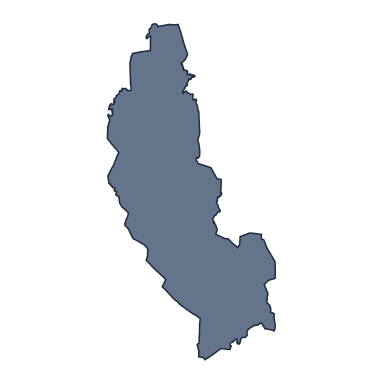 Lauderu pag., Ludzas, Latvia (Robinson projection), rotated 271°
{"feature_id": "27541924B59482299052757", "entity_name": "Lauderu pag.", "entity_type": "district", "adm_level": 2, "iso_a3": "LVA", "parent_name": "Latvia", "parent_adm1": "Ludzas", "projection": "robinson", "projection_center": [27.977, 56.316], "detail": "fine", "context": "isolated", "style": "filled", "palette": "slate", "viewbox_px": 384, "rotation_deg": 271, "n_neighbors": 0, "source": "geoboundaries", "source_scale": "gbopen_adm2", "svg_char_len": 5997}
<svg xmlns="http://www.w3.org/2000/svg" viewBox="0 0 384 384"><g transform="rotate(271 192 192)"><path d="M278.1,196.0L280.8,194.5L282.4,194.4L283.7,195.0L284.2,195.0L284.5,194.8L284.7,194.5L284.9,193.1L283.9,192.2L283.8,191.9L284.1,191.4L284.6,191.3L287.4,191.1L288.5,191.5L289.7,191.2L290.0,190.9L290.1,190.7L289.6,188.8L290.8,187.1L290.7,186.3L290.8,186.0L292.2,185.1L292.7,184.7L292.9,184.0L292.5,183.4L290.4,181.3L290.6,181.2L291.1,181.1L293.7,181.5L295.3,183.0L295.7,183.1L296.5,182.8L297.2,183.4L297.7,184.5L298.9,185.6L299.1,185.6L299.9,185.0L300.4,185.1L301.6,185.6L303.1,186.6L304.6,186.5L304.9,186.6L305.0,186.9L304.5,187.9L304.5,188.4L304.7,188.9L306.5,189.8L306.9,190.7L306.9,191.8L307.1,192.2L307.9,192.9L308.4,192.4L308.4,192.0L308.6,191.7L309.1,191.2L309.1,190.8L308.0,190.1L308.0,189.7L309.9,188.6L310.0,188.2L310.0,187.9L309.5,187.3L309.4,186.6L309.1,186.2L309.6,185.6L310.1,185.0L310.5,184.9L311.0,185.5L311.6,185.6L313.1,185.2L312.9,184.0L313.8,183.4L314.0,182.8L314.0,182.1L313.5,181.7L313.8,181.2L314.1,181.0L314.7,180.9L315.9,181.4L316.5,181.3L317.8,180.2L318.9,180.3L319.5,180.1L320.0,179.7L319.7,179.5L319.5,179.2L320.1,178.9L321.2,179.8L321.6,180.1L324.0,182.8L329.4,185.2L341.1,181.1L352.5,177.7L359.3,175.2L358.7,171.1L359.2,166.4L356.8,154.8L357.8,154.8L359.3,153.4L359.5,151.5L359.3,150.4L358.9,149.7L358.0,148.9L356.1,148.5L355.1,147.9L354.6,146.9L353.9,146.3L350.9,146.5L350.2,146.5L349.8,146.2L349.4,145.4L348.2,144.4L347.1,143.7L346.4,143.5L345.8,143.5L345.1,143.7L344.7,143.9L344.6,144.4L344.9,144.9L346.4,145.8L347.3,147.8L332.8,147.9L330.9,136.6L329.5,130.2L325.6,128.6L324.9,128.7L322.0,128.2L320.7,127.7L298.0,128.7L295.2,129.4L292.7,129.2L292.5,128.9L292.3,128.3L292.3,126.1L294.1,124.2L294.4,123.4L294.0,122.9L294.0,122.2L294.1,121.5L294.5,120.9L294.4,120.5L293.8,120.1L292.6,119.8L292.1,120.1L291.7,120.0L291.5,119.5L292.0,118.2L291.2,117.7L290.4,117.8L288.8,117.0L287.5,115.7L287.2,114.7L285.8,114.6L285.1,114.3L284.5,113.8L283.6,112.4L283.2,112.1L282.6,112.1L280.8,113.4L280.5,113.2L280.8,112.3L280.7,112.2L280.3,112.1L279.4,112.5L278.8,112.6L278.1,111.2L278.8,109.9L278.8,109.5L277.8,108.5L276.8,108.8L276.6,108.0L276.3,107.9L275.1,107.6L274.3,107.6L273.3,107.2L273.3,107.9L272.9,108.4L273.6,109.1L273.0,109.5L272.9,109.8L273.5,110.7L273.4,111.0L272.9,111.1L272.6,110.6L272.3,110.5L271.2,110.6L271.2,111.3L271.0,111.5L270.6,111.4L269.9,110.8L267.9,111.2L267.5,111.2L267.2,110.8L267.2,110.4L266.3,109.4L266.3,109.0L267.9,107.5L268.2,107.1L268.0,106.8L267.2,106.6L264.4,107.5L263.3,108.2L262.4,108.6L261.0,108.3L260.5,107.7L259.4,107.8L258.4,107.3L257.5,107.4L256.6,107.1L256.4,106.7L244.1,106.4L239.3,110.2L234.6,114.3L233.1,115.9L230.3,117.9L229.6,118.2L229.2,117.8L227.1,116.6L217.7,113.2L214.0,111.2L206.5,107.6L199.2,108.8L197.9,110.1L198.2,110.4L197.3,110.6L194.8,113.0L195.0,114.2L194.7,114.7L193.9,114.9L192.5,114.1L192.1,114.1L191.2,115.6L191.2,116.1L190.9,116.5L188.6,115.9L187.8,115.9L186.8,117.8L185.2,119.0L185.3,119.1L179.8,119.9L176.2,121.9L172.8,125.9L170.0,128.8L166.2,128.1L163.2,126.5L162.5,126.5L160.6,125.9L159.6,125.4L157.5,125.6L155.9,127.1L154.2,128.8L153.3,129.4L144.4,133.8L141.7,139.4L139.8,142.4L138.7,144.7L136.9,146.5L134.2,148.8L127.2,148.6L122.9,147.4L119.9,150.6L117.4,152.8L114.1,156.2L107.3,163.9L104.0,167.3L96.7,163.9L94.4,166.5L84.5,175.9L83.3,177.4L82.2,179.3L80.6,180.6L78.6,182.8L77.5,184.6L72.2,192.1L70.2,195.1L69.5,196.7L65.6,202.5L61.6,202.1L60.7,201.9L52.7,201.9L50.4,202.0L49.3,201.8L45.7,201.7L41.0,201.7L39.7,199.8L32.9,201.6L27.3,201.6L26.6,206.4L24.5,208.0L27.1,211.6L27.3,212.2L35.9,223.6L35.8,226.6L35.6,227.6L35.1,231.5L35.3,232.9L37.1,233.2L38.1,233.8L38.3,233.5L38.9,233.7L39.0,233.4L39.5,232.7L40.4,232.6L42.1,233.6L42.5,234.3L42.5,235.2L43.1,235.6L43.1,236.0L43.3,236.3L43.7,236.3L43.7,236.5L44.0,236.7L45.8,238.5L45.5,238.9L45.6,239.4L44.9,239.8L43.7,239.6L43.4,239.7L42.5,239.4L42.2,239.6L42.3,240.0L41.5,239.9L41.1,240.1L40.9,240.4L41.2,240.7L41.1,241.3L40.8,241.7L41.8,242.6L43.9,243.1L45.4,243.2L47.4,244.6L47.5,247.7L47.7,248.1L48.8,248.8L49.4,249.6L52.9,249.4L53.9,249.7L55.4,250.5L56.5,251.6L57.7,253.6L58.2,253.8L58.3,254.4L58.7,254.8L58.7,255.1L59.1,255.2L59.2,255.8L59.7,256.2L59.5,257.1L60.0,258.2L59.8,258.8L59.9,259.8L60.5,259.9L60.7,261.1L61.6,261.6L61.7,262.1L61.6,262.5L62.4,263.5L62.2,263.8L56.3,267.6L56.6,268.4L55.3,274.3L54.6,276.7L56.7,277.3L59.8,277.6L61.2,277.5L62.4,277.1L66.4,276.4L68.9,276.2L71.7,276.3L72.8,274.0L73.0,272.7L77.0,272.8L77.4,272.3L79.9,271.9L81.4,270.3L82.5,268.9L89.0,269.1L90.0,269.5L92.0,269.6L100.2,266.0L100.9,266.0L105.1,270.1L107.1,276.6L114.6,276.7L123.8,276.2L137.8,267.7L145.5,264.6L146.2,262.2L150.9,262.2L151.9,252.4L152.0,251.6L151.9,250.1L148.2,240.9L141.5,240.7L140.4,240.5L138.6,239.6L137.3,238.6L138.3,237.8L138.7,237.0L140.9,234.0L146.1,228.7L145.7,226.9L146.3,225.2L148.1,221.0L150.3,216.4L154.1,217.9L154.5,217.9L160.2,215.9L160.4,215.7L161.0,214.2L162.3,214.9L162.7,214.9L163.4,213.8L163.8,213.4L165.1,213.1L165.6,213.2L166.0,213.8L167.6,214.3L168.7,215.0L169.1,215.6L169.0,215.8L169.7,216.6L171.4,217.3L171.7,217.9L172.8,218.4L172.9,218.8L172.6,219.4L172.6,220.1L172.9,220.4L173.6,220.6L174.7,220.2L176.3,219.0L178.1,218.3L179.0,218.3L180.1,217.5L182.2,216.7L182.6,216.8L183.0,216.5L183.3,216.6L183.4,217.3L183.5,217.6L184.2,217.4L185.5,217.7L186.1,217.7L186.4,217.5L187.1,217.7L187.3,218.2L187.7,218.5L187.3,218.9L187.3,219.1L187.6,219.4L188.3,219.7L188.3,219.9L188.7,220.2L188.8,220.5L189.3,220.9L189.4,221.4L189.7,221.5L190.4,221.3L191.2,221.7L191.5,221.6L191.7,221.2L191.6,220.6L191.8,220.4L192.6,220.8L193.0,220.6L194.3,220.9L205.0,221.0L205.5,218.3L205.5,217.1L205.6,216.9L206.4,216.4L216.5,210.6L217.2,208.8L220.6,197.8L221.1,197.4L224.4,195.5L225.4,195.4L226.4,196.0L225.8,197.4L225.8,197.6L227.2,198.2L227.9,199.0L231.8,199.0L233.8,199.0L240.4,198.0L243.6,196.9L244.1,196.9L249.6,198.5L251.5,198.7L264.6,197.8L272.0,197.4L274.7,196.5L275.9,196.2L278.1,196.0Z" fill="#64748b" stroke="#1e293b" stroke-width="1.5"/></g></svg>